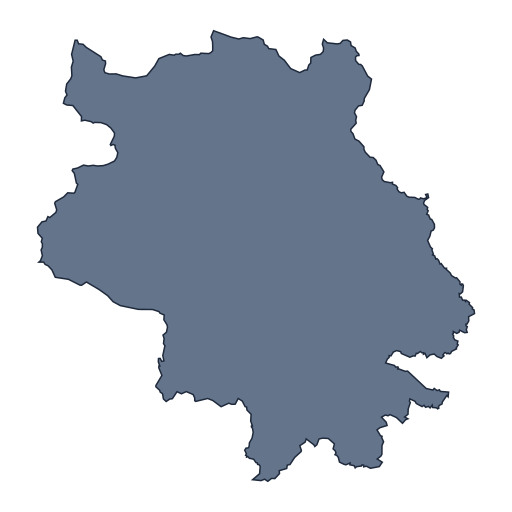 El Tambo, Cauca, Colombia (orthographic projection)
{"feature_id": "7082276B344609225912", "entity_name": "El Tambo", "entity_type": "district", "adm_level": 2, "iso_a3": "COL", "parent_name": "Colombia", "parent_adm1": "Cauca", "projection": "orthographic", "projection_center": [-76.91, 2.517], "detail": "fine", "context": "isolated", "style": "filled", "palette": "slate", "viewbox_px": 512, "rotation_deg": 0, "n_neighbors": 0, "source": "geoboundaries", "source_scale": "gbopen_adm2", "svg_char_len": 5976}
<svg xmlns="http://www.w3.org/2000/svg" viewBox="0 0 512 512"><path d="M431.7,219.4L430.2,219.0L428.6,215.0L426.7,214.3L428.2,210.7L427.1,209.6L427.7,207.4L424.0,204.5L423.6,202.9L424.7,200.4L428.6,197.6L427.8,194.0L425.6,194.5L426.7,196.8L426.1,198.0L423.6,198.8L420.5,197.9L419.8,199.0L418.2,199.2L414.7,197.4L409.0,197.2L406.8,196.2L404.1,192.3L401.3,192.8L399.0,191.8L397.1,189.1L397.6,187.7L395.9,185.5L392.4,184.0L392.5,182.3L390.3,182.7L384.2,181.5L382.2,179.6L381.6,177.1L383.9,171.9L380.0,165.5L377.8,164.5L376.0,160.2L373.2,157.5L370.0,157.2L365.2,152.1L363.9,149.2L363.9,146.7L358.9,141.1L354.9,139.0L353.0,133.7L350.9,131.4L350.8,129.2L356.2,123.2L355.7,120.4L356.5,116.6L354.5,112.9L355.0,110.3L358.5,105.9L362.2,105.3L364.2,100.9L364.2,98.6L369.4,89.7L371.5,79.1L367.7,76.1L362.3,66.0L360.7,64.5L358.7,64.3L355.6,60.5L355.5,57.2L356.6,55.8L359.0,55.5L358.9,54.2L356.2,51.2L355.2,48.0L351.1,45.6L350.5,41.9L347.3,40.0L342.9,40.4L340.2,43.4L337.2,43.9L327.3,42.8L323.6,39.3L322.3,44.1L323.6,48.0L323.2,51.6L320.4,54.4L315.6,55.1L310.9,57.5L310.7,63.1L308.8,65.0L307.2,70.0L304.8,70.1L299.7,72.6L290.7,68.6L284.3,60.2L278.9,56.0L275.9,49.5L268.7,48.6L267.5,46.2L264.3,44.3L263.2,40.0L258.4,37.2L257.1,36.8L250.2,38.6L243.3,37.7L238.8,39.0L231.0,37.1L213.6,30.7L211.0,37.0L212.5,41.5L212.7,45.9L212.7,50.8L211.0,52.5L208.8,53.6L200.7,53.2L199.5,54.6L194.7,54.5L186.4,56.0L183.3,55.6L180.3,53.2L179.0,54.2L175.8,54.2L174.0,55.2L169.3,54.4L158.9,58.6L154.7,66.1L146.7,75.8L135.6,77.9L122.7,75.9L116.2,73.9L109.4,74.0L104.9,72.7L103.8,69.8L105.6,63.7L105.4,61.0L102.4,60.0L100.9,56.7L86.3,47.4L83.1,44.3L78.6,43.8L77.2,40.2L75.1,40.2L71.6,54.4L73.2,61.2L71.4,67.1L71.9,75.7L70.8,78.7L66.7,84.0L65.5,91.2L67.0,95.0L64.8,97.8L63.4,103.3L66.8,105.0L72.8,105.5L81.5,116.5L81.4,120.9L84.8,120.2L91.1,121.6L93.2,123.1L94.6,122.4L100.9,122.6L106.6,124.6L110.8,128.0L114.5,133.0L114.3,136.2L110.3,144.5L110.9,145.5L113.0,144.5L114.9,145.1L115.4,148.4L117.8,152.6L116.8,157.3L114.5,161.0L107.9,164.2L103.3,165.6L97.5,166.0L93.2,165.3L88.3,166.0L83.5,165.1L77.6,168.0L72.8,169.1L72.2,170.7L74.3,173.3L76.4,183.1L77.8,184.3L74.9,192.3L73.9,193.2L67.7,192.8L63.7,196.9L55.4,201.7L54.7,203.3L56.7,209.8L55.9,212.4L49.9,217.5L47.9,216.6L46.0,221.0L42.0,221.8L37.5,227.2L38.0,233.4L42.3,238.3L41.3,241.8L42.4,243.7L42.3,247.4L41.1,249.9L42.4,255.7L40.5,260.6L38.9,262.1L43.7,262.1L45.1,264.4L48.1,265.8L51.9,269.9L55.3,277.3L68.4,279.3L80.1,285.2L81.7,285.2L86.4,282.0L99.2,289.6L107.6,295.6L113.1,301.7L120.3,305.6L138.5,309.4L152.5,309.5L159.0,311.6L159.9,313.1L164.2,315.0L163.9,319.8L167.0,324.8L167.5,327.3L166.4,332.3L163.0,335.1L164.1,338.5L163.5,343.6L164.9,345.7L162.8,355.5L163.9,360.9L161.7,361.4L160.2,358.4L158.5,358.5L158.3,361.8L159.8,366.0L158.9,366.0L158.8,367.8L161.9,375.4L155.9,385.5L155.9,386.8L159.6,390.2L160.3,392.2L162.5,393.6L163.4,398.9L166.2,401.5L169.7,399.1L172.4,398.7L177.0,391.7L181.4,393.8L186.3,391.6L193.1,394.5L194.7,397.9L194.7,400.7L195.7,401.4L207.7,398.5L212.8,400.5L221.1,406.7L228.8,403.2L231.7,404.3L235.2,404.2L238.2,398.5L242.3,401.1L245.1,406.6L246.6,407.1L247.0,410.1L251.1,414.3L250.7,421.0L252.4,425.9L251.5,425.9L251.4,426.9L252.5,428.3L253.2,432.5L252.0,438.3L249.4,442.8L249.1,446.6L248.0,448.0L246.0,448.1L244.7,450.2L246.4,453.7L245.6,455.3L246.7,455.8L246.6,457.1L247.9,456.7L249.4,458.3L253.6,459.2L256.0,462.6L257.3,462.9L257.6,464.4L258.9,464.6L260.2,466.3L259.6,473.7L252.6,479.7L261.1,480.6L264.6,479.2L267.8,481.3L271.6,478.4L274.8,478.6L279.5,473.6L279.2,470.7L286.7,468.5L287.3,465.1L290.0,464.5L294.7,457.4L301.0,451.7L301.4,450.5L299.8,445.7L305.1,442.2L306.2,438.9L313.9,444.8L314.8,446.5L316.9,444.7L319.0,439.0L322.7,438.1L328.3,438.5L334.4,443.9L333.1,448.9L335.2,450.8L336.0,453.0L335.0,454.7L336.8,455.4L338.3,457.4L339.5,462.1L344.0,464.3L345.9,464.8L350.1,463.0L349.9,464.8L354.2,465.7L355.2,467.9L356.5,466.7L361.5,466.0L362.0,464.9L363.6,465.1L363.7,466.8L366.4,466.2L370.4,468.3L379.3,466.6L382.3,462.2L377.2,459.0L380.9,456.1L381.9,454.3L382.0,445.5L383.6,441.8L381.7,437.6L382.1,436.3L380.5,435.7L377.0,429.9L379.9,427.7L387.1,425.5L386.2,422.2L381.5,417.2L385.3,415.0L388.0,415.8L390.0,414.6L396.4,417.5L402.5,423.3L405.6,419.7L407.9,418.8L404.6,417.0L408.0,414.3L408.2,409.0L410.3,402.6L409.4,401.1L409.9,398.9L415.0,401.3L416.3,403.5L422.1,406.6L424.0,405.3L425.6,407.3L428.4,406.4L430.1,407.9L432.2,405.1L432.6,407.5L436.4,407.8L437.6,408.9L438.9,408.1L438.4,406.9L439.4,405.3L442.0,404.0L442.4,401.9L446.9,395.4L448.1,396.8L448.6,392.1L440.3,391.4L439.4,389.8L437.1,390.6L434.2,388.4L432.9,390.0L426.2,388.5L407.6,371.1L405.2,371.3L398.5,368.8L397.2,369.4L398.3,368.0L397.9,366.9L395.6,367.1L394.5,365.5L385.6,363.0L387.4,359.0L389.1,357.5L389.1,355.6L390.9,355.9L393.4,352.0L396.6,350.6L400.6,351.6L401.4,353.5L409.9,357.2L413.5,355.8L415.1,356.1L416.3,353.3L417.6,353.5L420.2,351.5L422.1,352.9L423.7,352.7L423.5,354.2L425.1,353.5L426.9,357.7L430.0,354.9L434.2,354.0L436.9,356.5L441.4,358.3L444.0,355.9L442.9,355.0L444.4,352.9L445.4,352.5L446.9,353.8L448.1,353.1L449.1,353.9L450.5,353.5L451.6,351.4L456.5,348.9L456.1,348.2L458.2,344.9L457.2,344.1L457.9,341.1L454.8,339.9L453.4,337.5L453.7,335.9L452.6,334.1L453.4,333.3L453.3,331.5L456.7,333.4L459.0,332.3L459.6,330.2L464.6,332.7L467.2,332.4L466.3,329.7L467.3,326.6L465.9,325.7L466.0,324.1L467.0,324.1L468.8,320.9L468.6,316.7L474.5,313.6L474.1,310.0L472.3,309.0L472.6,307.6L469.1,304.1L469.5,302.6L466.1,300.2L465.2,300.3L465.3,301.1L464.3,300.1L462.6,300.2L461.3,297.1L459.5,297.1L459.2,293.5L460.5,293.8L462.6,291.8L463.4,285.7L462.7,284.1L461.7,284.0L461.4,285.1L460.1,284.4L459.9,281.7L456.6,277.8L455.5,278.0L451.5,275.6L450.2,273.0L446.1,269.2L446.5,268.3L444.5,268.2L441.2,263.6L440.1,264.1L438.5,260.2L436.9,258.6L435.8,259.1L434.7,255.9L432.6,254.9L433.4,254.1L431.9,249.8L432.4,248.8L430.5,247.0L427.6,240.5L429.9,236.1L431.1,231.1L433.3,230.1L434.5,227.9L434.4,224.3L431.7,219.4Z" fill="#64748b" stroke="#1e293b" stroke-width="1.5"/></svg>